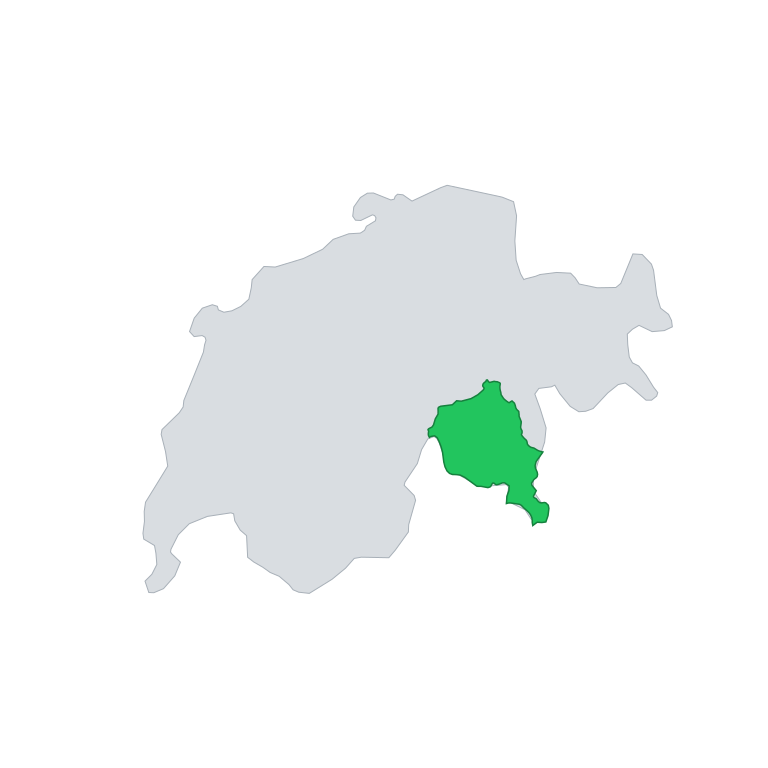 Ticino on a map of Switzerland (orthographic projection), rotated 340°
{"feature_id": "CHE-168", "entity_name": "Ticino", "entity_type": "Canton", "adm_level": 1, "iso_a3": "CHE", "parent_name": "Switzerland", "parent_adm1": "", "projection": "orthographic", "projection_center": [8.86, 46.227], "detail": "fine", "context": "in_parent", "style": "filled", "palette": "green", "viewbox_px": 768, "rotation_deg": 340, "n_neighbors": 0, "source": "natural_earth", "source_scale": "10m", "svg_char_len": 4694}
<svg xmlns="http://www.w3.org/2000/svg" viewBox="0 0 768 768"><g transform="rotate(340 384 384)"><path d="M555.0,246.3L558.9,248.8L568.1,257.0L566.1,271.3L555.9,294.3L550.5,312.9L550.0,327.1L551.1,333.7L553.0,333.6L563.0,334.6L568.1,334.5L584.3,338.2L597.3,343.7L599.9,349.6L601.6,356.8L617.2,366.5L634.9,372.6L640.9,370.5L662.4,346.9L670.9,350.6L676.3,362.8L676.2,369.3L670.6,394.1L669.8,407.3L675.2,415.9L675.9,422.7L674.5,428.9L665.7,429.7L653.9,426.5L643.7,416.1L636.2,417.5L629.7,420.3L626.5,430.4L623.7,442.5L624.7,449.1L629.5,454.2L633.3,465.1L636.2,479.2L638.3,485.7L636.1,488.6L629.9,490.7L624.7,488.8L615.4,472.0L611.1,465.6L603.9,464.6L591.3,468.9L572.1,478.6L564.2,478.6L557.6,476.7L551.3,468.7L545.9,453.3L544.1,443.5L540.4,443.9L528.0,441.1L522.3,445.0L522.3,460.9L521.3,480.7L515.1,493.5L497.8,515.6L491.5,525.3L489.0,532.2L488.4,538.2L491.1,548.6L494.8,558.6L491.7,564.2L482.5,567.2L476.0,561.2L473.5,550.4L459.4,535.8L465.8,523.5L464.7,520.4L441.5,514.0L431.6,504.7L417.6,488.4L415.0,481.4L415.8,458.7L415.0,453.2L413.1,450.5L406.4,450.6L396.9,458.5L388.1,470.2L370.2,483.3L368.3,486.1L374.2,499.1L373.9,504.1L359.1,524.6L356.3,531.4L337.6,544.1L329.1,548.9L303.5,539.0L296.4,537.7L284.9,543.9L268.5,549.7L242.2,555.2L232.7,550.5L228.2,546.3L226.1,540.0L219.7,528.8L212.5,522.1L207.5,514.8L200.8,506.8L196.6,500.2L203.0,479.5L198.9,472.1L197.0,461.6L198.3,454.5L196.0,452.7L172.7,448.0L153.2,448.7L139.1,455.3L127.3,466.4L125.9,468.9L126.5,471.0L131.8,481.8L121.8,492.7L106.8,500.9L96.3,501.4L91.7,499.5L92.0,487.5L100.8,483.4L108.8,475.9L111.8,465.0L113.1,457.3L105.2,447.6L106.4,441.9L111.9,431.2L115.1,421.7L119.5,413.5L136.1,400.4L152.7,387.2L155.6,372.8L157.4,355.1L159.8,350.9L181.8,341.0L187.4,336.9L190.3,331.0L207.9,311.6L225.2,292.3L228.8,285.8L231.7,282.0L231.8,278.8L229.7,276.3L221.8,274.5L219.2,268.2L228.2,257.2L239.2,250.6L249.8,250.8L254.0,254.0L253.7,257.7L258.1,261.8L266.1,263.2L276.0,262.1L286.0,258.1L292.2,248.2L295.8,240.8L311.4,232.5L321.8,236.9L351.1,238.5L372.4,236.4L385.7,230.7L402.3,230.8L413.3,234.1L415.3,233.7L418.4,232.9L421.4,229.8L431.8,227.7L433.3,225.1L432.8,222.5L431.0,221.1L418.1,222.4L413.2,220.3L412.0,215.6L416.2,207.3L425.6,200.7L433.6,199.0L439.4,200.9L453.4,213.4L456.8,213.8L458.7,211.5L461.6,210.3L466.5,212.7L472.0,220.5L472.9,221.7L504.3,218.9L511.3,218.9L532.7,232.3L555.0,246.3Z" fill="#d9dde1" stroke="#a8b0b8" stroke-width="1"/><path d="M453.0,514.6L452.3,514.3L451.5,514.7L449.5,516.5L448.5,517.0L446.2,516.9L440.1,513.3L437.6,512.4L436.3,511.8L428.1,499.5L424.4,495.6L420.8,493.8L417.3,492.4L415.0,490.4L413.5,487.3L413.0,482.7L413.5,477.8L415.7,468.0L416.2,462.6L416.1,456.9L415.6,452.6L413.8,450.0L410.1,449.3L408.4,449.7L408.3,448.9L408.2,447.4L408.5,446.2L409.1,444.9L409.8,443.6L409.8,443.2L409.8,442.8L409.7,442.4L409.7,442.0L410.1,441.6L411.3,441.2L414.3,440.9L416.5,439.4L420.3,434.3L424.6,430.7L424.9,429.7L425.4,428.5L426.4,425.5L426.8,425.0L427.2,424.6L428.2,424.4L429.7,424.3L441.1,426.9L446.5,424.6L450.8,426.6L460.8,427.5L468.5,426.2L475.1,423.6L476.4,422.6L476.6,422.0L476.6,421.4L476.3,420.8L476.1,419.9L476.3,419.0L477.3,417.7L478.2,417.2L479.2,416.8L480.5,416.5L481.5,415.4L482.3,415.4L482.6,415.7L482.8,416.7L483.1,417.7L483.8,418.7L488.2,419.1L488.9,419.4L489.8,420.0L491.2,420.6L492.9,422.2L493.3,422.7L493.4,423.3L493.1,424.0L492.1,425.8L491.7,426.9L491.3,428.3L491.1,429.5L490.9,431.7L490.7,432.8L490.5,433.5L490.4,434.1L491.2,437.7L491.5,438.7L491.9,439.6L493.3,442.0L494.7,444.0L495.6,444.4L495.9,444.3L496.5,444.0L498.5,443.7L500.0,446.6L500.0,447.7L500.0,449.2L499.7,451.3L499.9,452.9L500.4,454.2L501.1,455.5L501.2,456.3L500.9,457.1L500.5,458.9L499.9,460.5L500.1,466.2L499.6,467.5L497.6,471.3L497.4,472.6L497.5,473.8L497.7,475.0L497.5,475.9L497.0,477.2L495.9,478.4L495.9,479.2L496.1,480.1L497.1,482.8L498.5,485.5L498.6,486.2L498.6,487.2L498.2,489.6L498.5,490.6L498.9,491.6L500.0,493.3L500.8,494.0L503.0,495.5L505.7,498.9L506.9,500.0L509.9,502.2L510.0,502.2L509.9,502.4L500.4,508.9L498.0,512.5L497.5,515.0L497.8,519.2L497.4,521.5L496.3,523.3L495.1,524.1L492.2,525.0L488.8,527.6L488.3,529.7L490.6,536.3L486.3,540.3L486.0,540.8L485.9,541.3L486.0,541.8L486.3,542.3L487.7,543.7L488.8,547.1L490.0,548.9L491.3,549.6L494.2,550.2L495.4,551.0L496.9,554.1L496.4,557.3L493.1,563.8L488.9,569.0L485.0,568.2L480.7,566.3L476.6,567.5L475.4,567.9L475.9,565.0L476.7,562.7L477.2,560.4L477.0,557.1L476.3,554.6L475.2,552.2L472.9,548.1L471.6,545.1L470.7,543.9L469.9,543.2L462.3,539.1L460.3,538.4L458.1,538.2L458.3,537.7L458.8,536.8L461.1,531.5L464.9,526.9L466.8,522.5L463.5,518.1L461.5,517.4L457.5,517.5L455.4,517.2L454.4,516.5L453.4,514.7L453.0,514.6Z" fill="#22c55e" stroke="#15803d" stroke-width="1.5"/></g></svg>